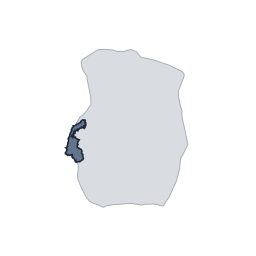 Tsoelikana, Qacha's Nek, Lesotho shown in context, rotated 137°
{"feature_id": "5366337B78317491468351", "entity_name": "Tsoelikana", "entity_type": "district", "adm_level": 2, "iso_a3": "LSO", "parent_name": "Lesotho", "parent_adm1": "Qacha's Nek", "projection": "robinson", "projection_center": [28.859, -29.907], "detail": "fine", "context": "in_parent", "style": "filled", "palette": "slate", "viewbox_px": 256, "rotation_deg": 137, "n_neighbors": 0, "source": "geoboundaries", "source_scale": "gbopen_adm2", "svg_char_len": 6288}
<svg xmlns="http://www.w3.org/2000/svg" viewBox="0 0 256 256"><g transform="rotate(137 128 128)"><path d="M162.5,166.6L156.4,168.5L155.6,168.7L151.8,168.2L146.6,168.7L142.6,169.8L139.4,170.2L134.3,175.7L125.1,190.8L122.6,194.0L121.9,199.9L119.8,204.6L117.2,208.2L114.6,209.1L106.8,207.7L96.9,205.8L91.1,201.2L86.0,195.3L83.3,190.9L80.4,188.5L79.4,187.2L75.4,185.2L73.9,184.2L72.5,183.4L70.9,180.5L69.9,178.0L70.3,171.0L67.4,166.9L62.5,159.8L59.4,153.9L55.1,146.0L52.5,139.2L49.8,132.1L50.2,129.1L52.7,127.0L60.2,123.4L66.0,120.7L70.2,115.7L74.7,108.2L76.9,103.6L79.1,101.6L81.5,98.4L85.7,91.3L90.4,83.5L95.4,75.1L101.7,72.7L110.4,69.8L118.7,62.5L128.6,56.3L144.7,49.6L152.1,47.9L155.0,46.9L156.8,48.2L158.7,52.0L161.4,55.2L167.7,60.8L170.4,62.2L176.9,70.5L183.9,76.2L192.0,82.7L197.4,86.0L200.2,86.9L202.5,92.7L204.9,97.0L206.2,101.1L205.9,105.0L203.4,114.6L199.7,124.4L196.7,128.5L193.1,131.1L189.5,135.0L188.2,142.9L186.6,152.2L182.0,156.0L178.4,158.5L173.4,161.6L162.5,166.6Z" fill="#d9dde1" stroke="#a8b0b8" stroke-width="1"/><path d="M154.0,162.7L154.0,163.0L154.4,163.0L154.4,163.4L154.6,163.4L154.6,163.6L154.8,163.7L154.8,163.8L154.7,163.9L154.7,164.0L155.1,164.2L155.1,164.3L155.2,164.6L155.7,164.9L155.8,164.8L156.1,165.0L156.3,164.9L156.6,165.0L157.0,164.9L157.5,165.1L158.0,165.0L158.2,164.6L158.3,164.6L158.6,164.8L159.1,164.8L159.4,164.5L159.5,164.4L159.8,164.3L160.2,164.5L160.6,164.8L160.8,164.9L160.8,165.0L161.0,165.0L161.6,165.0L161.9,165.1L162.2,165.4L162.3,165.3L162.9,165.5L163.2,165.6L163.4,165.4L164.2,165.7L164.3,165.8L165.0,165.9L165.5,166.1L166.0,166.6L166.4,166.8L166.3,166.5L166.9,166.5L167.1,166.2L168.0,166.2L168.5,166.1L168.8,166.2L169.0,166.0L169.4,165.7L169.5,165.8L170.0,165.6L170.4,165.6L170.6,165.4L170.5,165.1L170.5,164.7L171.3,164.6L171.3,164.4L171.7,164.3L171.9,164.0L172.1,164.1L172.6,163.9L172.9,163.9L173.1,163.6L173.3,163.6L173.5,163.7L174.1,163.2L174.6,163.1L174.7,162.7L175.0,162.8L175.7,162.5L175.8,162.4L176.0,161.7L176.1,161.4L176.5,161.5L176.9,161.4L177.0,161.6L177.3,161.6L177.7,161.1L178.0,161.3L178.1,161.1L178.4,161.1L178.6,160.9L179.1,161.0L179.4,160.7L179.5,160.1L179.6,159.9L179.8,159.7L179.9,159.4L181.3,158.4L181.7,158.5L182.0,158.3L182.3,157.9L182.2,157.5L182.3,157.4L182.7,157.3L182.9,157.4L183.0,157.2L183.4,157.1L184.0,156.8L184.6,156.4L184.8,155.8L185.3,156.0L185.5,155.9L185.5,155.7L186.0,155.4L186.6,155.7L187.0,156.0L187.0,155.7L186.9,155.2L187.0,154.9L187.1,154.3L187.4,153.9L187.3,153.6L187.7,153.6L188.2,153.3L188.3,153.0L188.5,153.0L189.2,153.0L190.1,152.6L190.4,152.7L190.5,152.4L190.8,152.3L191.4,151.9L191.3,151.6L191.0,151.4L190.8,151.3L190.6,151.1L191.0,150.8L191.0,150.7L190.8,150.2L190.9,149.8L190.9,149.4L190.4,149.5L189.9,149.3L189.7,148.9L189.5,148.6L189.8,148.1L189.5,147.9L189.4,147.7L189.2,147.5L188.9,147.4L188.4,147.3L188.3,147.2L188.1,147.2L187.9,147.0L187.5,147.1L187.2,146.8L186.9,146.7L186.8,146.3L187.4,146.2L187.5,146.0L187.7,145.9L187.8,145.9L187.9,145.4L188.0,145.4L188.5,145.4L188.8,144.8L188.7,144.3L188.8,144.1L188.9,143.9L188.4,143.7L188.5,143.5L188.3,143.4L188.3,143.2L188.4,142.3L188.5,142.1L188.7,141.0L188.8,140.6L188.3,140.2L188.7,140.0L188.8,140.1L189.1,140.1L189.1,139.9L189.0,139.7L189.4,139.6L189.5,139.2L189.4,138.9L189.1,138.3L189.1,138.0L188.7,137.8L188.3,138.0L188.0,137.9L187.8,137.8L187.4,137.3L187.1,137.2L186.9,136.9L186.6,136.7L186.5,136.4L186.4,136.2L186.2,136.1L185.0,136.2L184.6,136.0L184.4,136.0L184.0,135.9L183.9,136.0L183.4,136.0L183.1,135.9L182.8,135.7L182.3,135.7L182.1,135.7L181.9,136.0L181.2,136.3L181.2,137.0L180.9,137.4L180.7,137.7L180.2,137.9L180.1,138.4L180.1,138.6L179.8,138.8L179.6,138.9L179.0,139.4L179.0,139.6L179.2,139.9L179.3,140.4L179.2,140.7L178.9,141.0L179.1,141.3L178.4,142.0L178.1,142.1L177.8,142.1L177.7,142.4L177.3,142.8L177.2,143.2L177.1,143.3L176.9,143.6L176.9,144.4L177.2,144.7L177.2,144.8L177.1,145.0L177.6,145.9L178.0,146.2L177.5,146.8L177.9,147.6L178.0,148.0L178.4,148.2L178.3,148.4L178.0,149.1L177.7,149.1L177.6,149.3L177.4,149.5L176.9,149.6L175.8,149.9L175.8,150.3L176.0,150.6L176.1,151.0L175.6,151.2L175.4,151.3L174.9,151.3L174.7,151.7L174.5,151.9L173.9,152.0L173.7,152.1L173.3,152.1L173.0,152.4L172.9,152.3L172.4,152.4L171.6,152.6L171.9,153.2L172.0,153.4L172.4,153.7L172.6,154.1L172.6,154.5L172.8,154.9L172.8,155.1L172.9,155.3L173.1,155.5L173.1,155.8L173.2,156.1L173.1,156.4L173.0,156.9L172.8,157.0L173.0,157.2L172.9,157.2L172.8,157.3L173.0,157.5L173.0,157.8L173.7,158.3L173.7,158.5L173.8,158.6L174.1,158.9L174.2,158.7L174.3,158.7L174.7,159.2L174.8,159.2L175.1,159.1L175.0,159.4L174.9,159.6L174.9,160.0L174.8,160.3L174.6,160.2L174.4,160.0L174.2,160.0L174.1,159.6L174.2,159.4L174.1,159.2L174.0,159.6L173.8,159.8L173.8,160.4L173.9,160.7L174.2,160.7L174.1,160.9L173.7,160.9L173.1,160.6L173.2,160.3L173.3,159.7L173.4,159.2L173.1,159.5L172.8,160.1L172.7,160.2L172.5,159.8L172.5,159.7L172.3,159.7L172.2,159.8L172.2,160.4L172.4,160.4L172.5,160.6L172.4,160.8L172.1,160.7L171.3,160.7L170.8,160.6L170.8,160.9L171.0,160.9L171.2,161.3L170.7,161.4L170.8,161.1L170.7,161.0L170.3,160.8L170.2,160.5L170.0,160.8L169.8,160.9L169.8,161.3L169.6,161.7L170.0,161.5L170.4,161.6L170.1,161.9L170.1,162.2L170.0,162.3L169.6,162.1L169.2,161.8L169.1,161.5L169.2,161.4L168.8,161.6L168.7,161.4L168.5,161.5L168.5,161.9L168.5,162.1L168.2,162.2L168.0,162.3L167.7,162.1L167.6,161.9L167.6,161.4L167.2,160.9L167.2,161.3L166.9,161.5L166.6,161.3L166.4,161.1L166.6,160.8L166.8,160.6L166.7,160.4L166.3,160.2L166.2,160.3L166.0,160.7L166.0,161.0L165.8,161.4L165.8,161.6L165.7,161.6L165.4,161.4L165.4,161.1L165.4,160.7L165.0,160.8L164.4,160.5L164.2,160.7L163.9,160.5L163.3,160.4L163.1,160.7L162.8,160.5L162.7,160.3L162.4,159.9L162.0,160.1L161.6,160.5L161.4,160.5L161.4,160.3L161.1,160.1L161.0,160.4L161.1,159.7L160.8,159.6L160.9,159.4L161.1,159.3L161.0,159.0L160.8,159.0L160.5,159.2L160.2,159.1L160.0,158.7L159.6,158.5L159.7,158.4L160.2,158.5L160.5,158.4L160.4,158.1L160.4,157.7L159.9,157.9L159.5,157.6L159.2,157.6L158.6,157.9L158.3,158.4L158.3,158.8L158.7,159.4L158.8,159.7L158.6,159.7L158.0,159.4L157.6,158.8L157.3,158.7L157.2,158.7L156.9,158.9L156.6,159.0L156.3,159.6L156.1,160.3L155.5,160.4L155.2,160.8L155.3,161.1L155.5,161.2L156.0,160.8L156.2,160.7L156.3,161.0L155.9,161.5L154.8,162.1L154.3,162.5L154.0,162.7Z" fill="#64748b" stroke="#1e293b" stroke-width="1.5"/></g></svg>